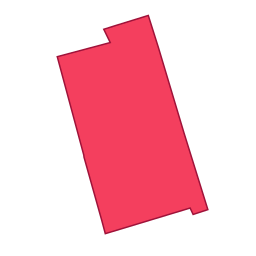 the district of Holmes, Ohio, United States of America, rotated 73°
{"feature_id": "52423323B45716544412555", "entity_name": "Holmes", "entity_type": "district", "adm_level": 2, "iso_a3": "USA", "parent_name": "United States of America", "parent_adm1": "Ohio", "projection": "mercator", "projection_center": [-81.953, 40.556], "detail": "fine", "context": "isolated", "style": "filled", "palette": "rose", "viewbox_px": 256, "rotation_deg": 73, "n_neighbors": 0, "source": "geoboundaries", "source_scale": "gbopen_adm2", "svg_char_len": 336}
<svg xmlns="http://www.w3.org/2000/svg" viewBox="0 0 256 256"><g transform="rotate(73 128 128)"><path d="M59.9,75.4L26.3,75.7L26.4,109.9L26.5,122.3L41.1,120.0L39.1,174.8L141.0,178.2L143.1,178.6L208.4,180.1L222.4,180.6L222.7,92.0L229.7,91.0L229.4,75.5L148.7,75.9L59.9,75.4Z" fill="#f43f5e" stroke="#9f1239" stroke-width="1.5"/></g></svg>